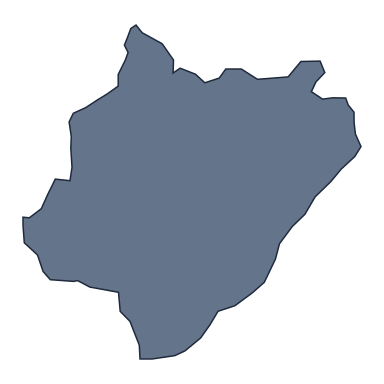 the district of Trachypedoula, Paphos, Cyprus
{"feature_id": "46923920B82818287753128", "entity_name": "Trachypedoula", "entity_type": "district", "adm_level": 2, "iso_a3": "CYP", "parent_name": "Cyprus", "parent_adm1": "Paphos", "projection": "natural_earth1", "projection_center": [32.677, 34.797], "detail": "fine", "context": "isolated", "style": "filled", "palette": "slate", "viewbox_px": 384, "rotation_deg": 0, "n_neighbors": 0, "source": "geoboundaries", "source_scale": "gbopen_adm2", "svg_char_len": 1017}
<svg xmlns="http://www.w3.org/2000/svg" viewBox="0 0 384 384"><path d="M136.0,25.0L130.8,28.5L127.8,36.6L124.4,45.2L128.1,52.5L125.3,60.1L118.2,74.5L118.2,86.1L106.8,94.2L97.3,100.0L85.9,107.5L73.3,113.3L69.1,121.9L71.3,136.6L70.8,147.9L72.0,167.3L70.0,180.7L55.3,179.1L47.9,194.1L41.3,208.7L29.3,217.8L23.0,217.2L23.0,225.5L24.3,242.8L37.5,255.0L43.1,271.5L50.3,279.7L73.7,281.4L77.6,280.6L89.9,287.1L118.5,292.3L120.2,311.4L130.0,321.4L139.3,345.2L140.0,359.0L152.0,359.0L174.9,355.6L185.1,350.8L200.7,337.9L210.3,324.3L218.0,311.3L235.1,305.6L252.5,292.7L264.3,282.3L275.4,259.2L279.5,243.7L292.2,226.6L304.9,214.3L315.1,196.9L330.9,181.5L341.2,169.1L354.8,156.5L361.0,146.6L355.4,134.0L354.1,122.6L354.0,112.2L348.2,105.0L345.7,98.0L332.9,97.8L322.5,99.1L311.4,91.7L315.9,82.0L324.8,72.6L320.1,61.1L300.9,61.5L288.1,76.9L257.5,79.3L241.3,69.0L225.8,69.0L219.2,78.1L204.8,82.8L195.5,74.2L180.1,68.2L173.1,73.0L173.5,60.0L162.2,43.8L142.1,32.7L136.0,25.0Z" fill="#64748b" stroke="#1e293b" stroke-width="1.5"/></svg>